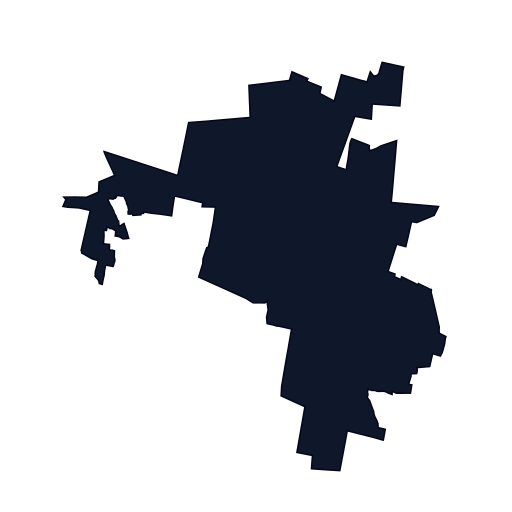 the district of Muxupip, Yucatán, Mexico, rotated 186°
{"feature_id": "50627088B24454448227409", "entity_name": "Muxupip", "entity_type": "district", "adm_level": 2, "iso_a3": "MEX", "parent_name": "Mexico", "parent_adm1": "Yucatán", "projection": "natural_earth1", "projection_center": [-89.31, 21.056], "detail": "fine", "context": "isolated", "style": "filled", "palette": "ink", "viewbox_px": 512, "rotation_deg": 186, "n_neighbors": 0, "source": "geoboundaries", "source_scale": "gbopen_adm2", "svg_char_len": 4379}
<svg xmlns="http://www.w3.org/2000/svg" viewBox="0 0 512 512"><g transform="rotate(186 256 256)"><path d="M418.1,344.0L415.6,339.3L407.9,326.3L405.0,321.4L419.8,313.3L419.3,303.1L430.7,296.7L441.4,295.8L453.3,294.5L451.0,292.3L453.2,285.1L451.8,285.0L448.4,284.8L442.3,285.1L437.2,285.3L425.6,284.0L430.4,244.5L430.5,243.0L429.8,242.0L429.7,240.8L418.7,236.0L413.1,235.0L412.7,233.8L412.9,230.7L413.4,228.8L413.4,228.1L414.1,224.1L414.1,221.3L413.8,220.3L414.0,219.1L410.4,215.7L409.5,214.1L409.0,212.2L405.9,211.7L405.7,215.3L405.2,219.8L405.0,220.8L405.1,225.0L404.9,227.5L404.7,230.7L403.5,231.2L397.0,230.6L396.6,232.0L396.4,234.2L395.9,235.8L395.9,237.5L396.1,238.1L396.8,240.1L397.3,246.4L399.4,246.8L401.5,246.5L402.1,247.2L402.6,248.0L402.8,248.5L402.5,249.6L402.9,251.8L402.9,252.2L409.0,252.2L409.2,259.8L410.0,265.7L407.4,265.7L407.0,269.2L406.5,269.4L404.2,268.0L402.0,268.1L398.2,266.4L398.0,262.5L398.2,261.2L394.1,260.9L391.9,260.0L390.3,259.1L388.6,259.3L384.4,260.2L385.4,262.4L386.5,265.5L390.7,274.6L392.7,273.1L394.0,271.8L395.4,271.7L395.9,274.4L396.3,276.4L397.0,276.7L397.5,277.3L399.1,280.4L399.6,281.5L401.2,283.5L402.3,286.2L403.4,287.6L404.3,289.3L406.5,292.1L409.3,296.7L407.6,297.7L404.0,297.6L403.1,298.4L401.9,298.7L401.0,300.5L401.4,301.8L400.0,301.5L399.1,301.7L393.8,301.5L393.5,301.3L390.4,296.0L390.3,294.8L389.3,293.2L388.6,292.0L388.2,290.6L387.5,288.6L387.9,286.7L387.5,284.4L385.6,284.4L384.1,285.1L383.4,284.5L382.7,283.5L374.7,284.9L374.7,286.4L372.3,286.6L372.1,288.1L365.1,287.6L356.6,287.6L348.0,287.3L344.1,287.1L343.8,297.6L343.3,307.1L342.1,307.0L338.7,306.6L327.3,305.1L321.1,304.2L314.5,303.4L314.7,301.1L314.8,299.3L301.4,300.4L301.7,293.1L302.1,283.6L302.8,276.6L303.5,268.3L304.3,260.0L305.9,259.1L308.4,247.9L308.2,243.4L308.2,242.5L309.1,238.0L310.6,230.4L310.7,229.0L274.8,217.2L264.9,213.9L261.3,212.7L254.0,209.1L242.2,210.3L240.3,212.2L239.0,206.5L238.6,204.9L238.3,204.0L238.4,202.9L239.0,197.1L239.1,196.1L238.7,194.2L237.9,189.9L231.5,189.2L227.6,188.4L227.2,188.7L221.6,188.1L213.0,187.1L214.1,171.2L214.4,166.2L214.6,164.3L215.6,149.5L216.9,129.0L216.4,119.5L191.6,111.2L194.8,64.9L179.0,63.5L178.6,50.2L164.4,50.7L163.9,50.7L150.2,51.3L147.8,80.8L147.0,91.7L141.2,90.9L140.0,90.7L136.5,90.2L135.2,90.0L132.1,89.6L129.8,89.3L128.7,89.1L119.1,87.7L110.2,86.1L110.1,86.5L109.3,97.2L116.6,98.1L117.2,102.1L118.7,105.1L121.2,109.0L122.6,112.5L122.5,113.1L127.2,122.6L127.8,123.9L128.5,124.7L130.5,126.8L130.4,127.5L130.2,130.3L130.8,132.0L130.9,133.1L130.5,135.6L129.5,134.8L127.9,134.8L127.4,134.5L126.5,134.4L125.1,134.6L123.6,134.7L121.9,134.2L121.0,134.1L120.3,134.2L119.7,134.1L117.8,134.5L114.1,134.8L112.2,134.3L111.7,134.2L111.1,133.9L110.2,133.5L106.2,132.5L106.4,135.6L102.0,134.2L88.0,135.7L87.6,144.2L90.1,144.3L90.7,145.0L89.2,152.8L89.7,155.0L84.0,155.8L83.7,157.0L83.7,159.7L84.2,161.8L71.7,164.2L70.1,177.3L62.1,175.8L60.7,179.4L59.2,188.2L59.1,193.2L58.7,195.7L65.6,198.4L66.1,200.7L66.3,204.4L73.7,226.0L78.1,238.5L77.9,240.5L78.2,241.1L79.1,241.0L91.6,245.6L92.0,244.2L95.1,245.5L109.0,250.6L109.1,250.4L109.1,250.2L109.6,247.6L112.5,248.8L116.0,249.7L115.9,252.4L115.9,252.6L123.1,254.4L120.5,267.0L118.3,277.8L117.3,282.4L108.0,280.9L106.6,291.9L106.5,293.1L104.9,306.4L100.4,306.1L99.5,306.1L92.9,309.7L83.0,315.1L79.6,324.3L127.1,323.4L127.2,333.0L127.2,333.6L127.2,334.5L127.2,335.4L127.3,339.2L127.4,345.5L127.6,354.4L127.9,372.5L127.9,372.8L128.0,375.3L128.2,385.5L137.5,381.2L139.1,380.5L141.5,379.4L142.6,378.9L143.5,378.5L147.5,375.6L153.8,372.5L154.8,375.8L154.8,377.7L158.2,378.7L166.5,380.9L168.6,381.5L173.0,382.7L173.6,381.1L174.3,378.1L174.4,375.4L174.5,367.4L174.6,362.1L174.9,358.2L175.1,355.9L175.3,351.2L184.9,353.3L185.0,353.6L172.3,405.2L155.6,404.1L156.3,419.3L128.6,420.3L129.3,455.8L128.9,459.0L128.8,459.3L141.7,460.8L150.8,461.8L152.5,453.0L152.7,451.0L154.0,448.5L157.7,447.2L161.6,451.2L163.8,440.6L164.1,440.7L165.9,441.2L169.3,441.6L190.0,445.2L194.4,418.3L200.5,420.7L209.5,424.3L208.8,430.8L223.9,435.2L222.9,437.8L239.5,443.0L241.1,434.1L270.6,427.3L280.9,425.0L276.3,393.2L304.4,387.8L318.1,385.1L336.9,381.7L337.2,379.3L337.9,371.7L338.0,370.6L340.4,346.6L341.4,337.0L342.3,327.9L351.1,329.8L381.6,336.3L389.1,337.9L399.4,340.1L401.6,340.6L404.6,341.2L410.3,342.4L417.8,344.0L418.1,344.1L418.1,344.0Z" fill="#0f172a" stroke="#020617" stroke-width="1.5"/></g></svg>